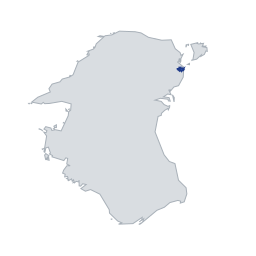 Corangamite, Victoria, Australia (highlighted), rotated 259°
{"feature_id": "25037944B62573329843514", "entity_name": "Corangamite", "entity_type": "district", "adm_level": 2, "iso_a3": "AUS", "parent_name": "Australia", "parent_adm1": "Victoria", "projection": "robinson", "projection_center": [143.247, -38.216], "detail": "fine", "context": "in_parent", "style": "filled", "palette": "blue", "viewbox_px": 256, "rotation_deg": 259, "n_neighbors": 0, "source": "geoboundaries", "source_scale": "gbopen_adm2", "svg_char_len": 5139}
<svg xmlns="http://www.w3.org/2000/svg" viewBox="0 0 256 256"><g transform="rotate(259 128 128)"><path d="M175.4,45.3L178.2,58.6L181.7,57.9L185.6,61.9L186.3,70.0L188.6,72.8L189.2,80.4L190.8,84.3L202.2,91.6L206.7,103.5L208.0,104.1L208.2,102.0L210.7,104.2L211.1,103.1L212.1,109.2L213.5,111.0L216.7,112.9L222.9,123.1L222.5,129.9L224.7,138.1L221.1,153.5L218.8,159.0L213.1,165.4L207.7,177.9L206.3,187.3L196.8,189.5L192.1,193.5L189.2,193.9L190.0,196.2L185.5,192.8L186.2,192.1L185.9,191.2L185.0,191.2L183.5,192.6L182.4,191.8L184.2,190.4L183.2,189.3L177.0,194.4L167.4,191.9L159.9,185.7L159.5,180.9L156.0,176.5L157.5,176.7L157.4,175.3L152.4,176.7L153.8,173.4L151.8,168.7L150.0,174.1L146.3,174.6L146.9,172.8L148.6,172.8L151.0,165.4L150.2,159.8L147.8,165.7L144.1,167.9L141.6,171.4L142.0,173.2L140.6,172.9L138.1,171.0L139.6,170.9L138.4,167.5L136.0,163.6L134.1,163.1L133.6,159.7L119.0,153.8L94.8,158.3L87.2,162.2L84.1,167.3L67.1,167.6L58.3,173.6L52.1,173.2L44.8,169.1L44.3,165.0L46.1,165.7L47.4,163.2L46.8,154.9L43.3,148.6L41.7,140.7L32.7,124.3L35.9,126.1L33.7,121.1L35.2,124.0L37.6,124.9L33.2,114.6L35.4,100.4L36.1,103.8L38.7,100.1L48.0,93.6L51.4,94.0L68.4,87.8L74.7,79.5L74.1,74.1L77.5,70.2L80.5,76.2L81.9,72.9L80.0,70.5L80.5,69.0L86.2,70.0L84.4,69.4L85.5,67.0L84.4,64.9L87.5,64.7L86.3,63.1L88.8,62.9L87.9,60.6L90.1,58.1L90.3,59.6L92.0,59.4L92.1,56.5L94.6,57.5L96.2,55.2L98.9,56.8L102.6,60.8L102.0,64.0L104.4,61.0L109.6,63.0L110.6,61.3L108.3,58.8L114.2,47.9L115.4,48.6L117.5,45.9L118.2,47.1L124.4,46.2L124.2,43.6L120.0,41.7L120.7,41.0L135.7,46.6L140.0,44.6L139.0,46.7L140.8,47.9L143.0,45.3L145.0,47.5L142.7,52.3L140.1,52.8L140.2,56.3L137.9,61.8L151.5,71.7L155.2,72.8L156.4,75.1L162.5,76.8L166.8,68.1L167.1,55.5L167.8,50.8L169.3,49.7L168.1,47.5L171.8,38.4L175.4,45.3ZM182.3,204.6L189.5,207.3L198.1,205.6L198.5,213.1L197.9,211.8L197.0,213.4L196.7,218.3L193.7,216.3L191.8,220.8L188.1,220.4L188.8,219.2L185.7,217.0L184.4,213.2L185.8,213.9L182.5,208.6L182.3,204.6ZM113.0,41.1L117.3,41.0L118.6,42.4L115.8,45.1L113.0,41.1ZM144.8,178.2L152.1,178.0L149.0,179.2L144.8,178.2ZM143.9,55.6L144.8,58.3L142.1,57.8L142.5,55.9L143.9,55.6ZM222.5,121.9L222.4,118.8L223.5,116.2L223.9,118.1L222.5,121.9ZM196.2,200.2L198.5,200.9L198.6,201.9L196.2,200.2ZM112.6,41.9L114.1,44.5L111.4,44.4L112.6,41.9ZM179.7,200.7L178.4,200.4L179.1,198.6L179.7,200.7ZM158.5,70.6L157.2,71.4L155.9,71.9L156.5,70.4L158.5,70.6ZM32.6,123.6L31.5,122.1L31.3,120.7L31.5,120.6L32.6,123.6ZM198.0,202.9L199.0,203.6L197.2,203.0L198.0,202.9ZM213.0,109.6L214.0,109.6L213.9,110.9L213.0,109.6ZM189.5,80.3L190.7,81.1L190.4,81.6L189.5,80.3ZM193.6,218.9L193.7,220.2L192.8,219.8L193.6,218.9ZM224.0,131.1L224.1,132.8L223.9,132.8L224.0,131.1ZM123.9,40.9L123.2,40.2L123.7,39.8L123.9,40.9ZM144.0,41.1L142.9,42.4L144.2,40.1L144.0,41.1ZM224.2,129.1L223.7,129.6L224.1,129.0L224.2,129.1ZM145.7,65.9L145.1,66.2L145.4,65.5L145.7,65.9ZM141.8,55.5L141.1,55.6L141.5,54.8L141.8,55.5ZM41.9,93.7L41.7,94.8L41.4,94.7L41.9,93.7ZM170.6,37.7L170.6,38.7L170.3,38.0L170.6,37.7ZM185.0,191.6L185.2,192.2L185.0,191.6ZM142.7,42.8L141.3,43.8L142.7,42.6L142.7,42.8ZM88.0,59.3L87.5,59.9L87.8,59.2L88.0,59.3ZM194.1,218.1L193.7,218.3L193.9,217.9L194.1,218.1ZM157.9,73.8L157.1,73.8L157.5,73.3L157.9,73.8ZM85.2,64.2L84.8,64.5L84.8,63.7L85.2,64.2ZM197.6,215.5L197.0,215.9L197.2,215.2L197.6,215.5ZM171.1,35.2L171.0,35.9L170.6,35.5L171.1,35.2ZM184.7,192.4L185.3,193.0L184.3,192.8L184.7,192.4ZM203.6,91.5L203.1,91.5L203.3,90.8L203.6,91.5ZM207.8,101.9L207.5,101.9L207.7,101.3L207.8,101.9ZM182.6,203.7L182.5,204.2L182.3,203.6L182.6,203.7Z" fill="#d9dde1" stroke="#a8b0b8" stroke-width="1"/><path d="M175.1,189.0L174.9,189.1L175.0,189.2L174.9,189.2L175.0,189.2L174.9,189.2L174.9,189.3L175.0,189.4L175.0,189.5L174.9,189.5L175.0,189.6L174.9,189.6L174.8,189.8L174.7,189.8L174.8,189.9L174.7,190.0L174.6,190.3L174.6,190.5L174.1,190.6L174.1,190.8L174.1,191.0L173.9,191.0L173.8,191.5L173.7,191.5L173.8,191.6L174.0,191.6L173.9,192.5L174.0,192.6L173.9,192.6L173.8,192.8L173.9,193.0L174.0,193.0L174.1,193.3L174.3,193.3L174.5,193.3L174.8,193.4L174.8,193.5L174.9,193.4L174.9,193.5L175.0,193.5L175.3,193.8L175.4,194.0L175.5,194.0L175.8,194.2L175.7,194.0L175.7,193.9L175.8,193.8L175.7,193.8L175.7,193.7L175.8,193.7L175.7,193.7L175.8,193.6L175.8,193.4L175.9,193.2L176.0,193.0L176.2,192.9L176.2,192.7L176.1,192.4L175.8,192.3L175.8,192.0L175.9,191.9L175.9,191.7L176.1,191.7L176.2,191.8L176.4,191.8L176.5,191.8L176.6,191.7L176.7,191.4L176.7,191.5L176.7,191.4L176.8,191.4L176.7,191.4L176.8,191.4L176.7,191.3L176.6,191.2L176.5,191.3L176.5,191.2L176.4,191.2L176.5,191.2L176.4,191.0L176.5,191.0L176.5,190.9L176.5,191.0L176.6,190.9L176.6,191.0L176.7,190.9L176.7,190.7L176.8,190.6L177.0,190.6L177.1,190.4L177.2,190.5L177.3,190.5L177.3,190.4L177.5,190.4L177.4,190.2L177.5,190.0L177.4,190.0L177.5,190.0L177.5,189.9L177.4,189.8L177.4,189.7L176.8,189.5L176.7,189.5L176.7,189.4L176.6,189.2L176.6,188.9L176.6,188.7L176.7,188.0L176.4,188.1L176.2,188.1L176.1,188.3L176.0,188.5L175.9,188.5L175.8,188.4L175.7,188.4L175.7,188.5L175.7,188.4L175.6,188.5L175.6,188.4L175.4,188.4L175.4,188.5L175.2,188.6L175.1,188.8L175.1,189.0Z" fill="#3b82f6" stroke="#1e3a8a" stroke-width="1.5"/></g></svg>